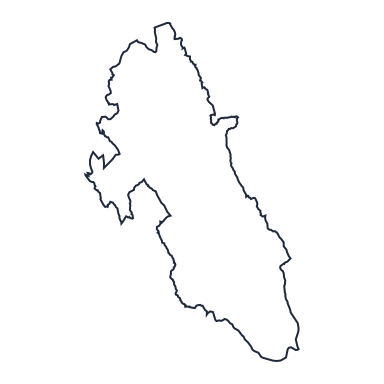 Gicumbi, Northern, Rwanda (Natural Earth projection)
{"feature_id": "39286606B99169436422336", "entity_name": "Gicumbi", "entity_type": "district", "adm_level": 2, "iso_a3": "RWA", "parent_name": "Rwanda", "parent_adm1": "Northern", "projection": "natural_earth1", "projection_center": [30.098, -1.619], "detail": "fine", "context": "isolated", "style": "outline", "palette": "slate", "viewbox_px": 384, "rotation_deg": 0, "n_neighbors": 0, "source": "geoboundaries", "source_scale": "gbopen_adm2", "svg_char_len": 5991}
<svg xmlns="http://www.w3.org/2000/svg" viewBox="0 0 384 384"><path d="M280.7,360.5L286.0,357.5L287.7,349.3L288.8,347.8L291.2,347.3L295.7,350.0L297.5,349.8L298.6,349.2L297.4,346.3L295.8,339.4L298.3,331.7L298.6,328.3L297.7,323.1L290.7,312.5L290.1,309.5L287.6,303.2L287.6,302.0L285.9,299.0L285.3,295.9L285.5,294.5L284.6,291.6L284.8,292.0L284.2,285.8L284.9,284.6L285.2,280.3L284.1,277.3L283.6,272.8L282.7,270.9L281.5,270.2L280.3,268.5L280.2,266.8L280.7,265.9L284.1,263.4L284.4,263.7L285.1,262.5L287.3,261.7L290.5,258.5L288.6,255.8L286.9,251.7L286.4,249.6L283.7,246.3L283.7,242.4L280.9,238.6L279.6,237.5L277.2,232.8L274.8,231.2L273.2,231.4L270.9,229.8L269.6,229.8L268.3,229.0L267.6,227.9L267.4,223.7L265.6,220.5L265.1,218.0L265.4,215.6L262.9,216.6L260.6,215.1L261.0,213.7L260.3,212.6L260.4,210.8L258.4,209.1L256.8,206.4L257.3,204.4L257.1,202.5L255.2,198.3L253.8,197.8L250.9,199.0L250.1,197.8L248.8,197.4L248.2,195.8L247.6,195.7L246.2,196.8L246.1,194.8L243.6,190.2L243.2,187.5L241.7,186.0L239.0,182.1L237.7,179.2L237.4,177.6L234.9,173.7L234.7,171.5L233.5,170.2L232.8,168.3L231.2,166.0L231.1,164.7L231.5,163.6L230.8,162.5L230.4,160.6L230.8,157.8L230.4,156.6L230.6,154.9L229.2,150.1L227.2,147.6L226.4,145.1L226.6,143.5L226.5,137.4L225.9,135.3L226.8,133.2L227.0,131.1L227.7,130.6L228.8,128.9L229.8,129.1L231.1,128.1L233.0,128.2L235.9,126.4L236.2,124.8L236.6,124.1L237.0,124.0L237.4,122.7L236.8,119.9L237.3,118.1L238.0,117.4L236.7,116.3L234.8,116.7L234.8,117.2L233.5,116.7L232.7,117.0L231.6,116.6L231.1,117.1L228.2,117.4L228.0,117.7L224.1,117.8L223.8,118.3L222.0,117.8L219.0,119.2L218.7,120.0L218.3,119.9L218.2,121.6L216.7,122.7L216.8,123.6L215.1,124.2L214.3,125.2L212.9,124.8L212.0,123.4L211.4,123.4L210.9,121.8L211.3,120.1L210.7,118.9L211.1,117.3L210.4,115.8L210.7,115.2L213.4,114.5L214.8,115.1L215.0,113.9L212.8,105.5L208.7,101.7L207.4,99.5L207.7,98.4L209.2,96.7L207.9,93.8L208.2,93.4L207.4,90.0L205.2,88.6L204.5,87.3L203.6,87.3L202.4,88.1L201.6,83.1L202.3,82.5L200.8,80.6L200.1,80.5L200.9,77.9L198.7,75.0L198.5,72.9L197.4,69.7L196.7,68.8L196.7,68.1L195.8,67.6L195.2,66.6L195.5,64.9L194.6,65.1L194.5,64.5L192.9,63.5L192.4,61.8L190.9,61.6L191.0,61.1L189.9,59.2L190.0,56.5L188.0,56.2L185.2,55.0L186.2,53.8L184.7,48.1L184.3,47.6L182.7,48.5L182.9,47.6L181.8,46.3L180.9,44.2L181.3,41.2L182.0,40.3L181.6,38.7L180.3,37.9L179.3,38.1L178.7,38.7L174.6,39.1L174.4,38.0L175.0,36.8L174.7,36.1L175.3,34.7L174.9,32.2L173.6,29.6L172.4,28.4L170.0,24.0L170.2,23.7L169.6,23.1L166.9,23.0L154.8,27.5L154.5,27.7L155.0,29.8L154.8,32.2L156.2,38.3L156.0,42.0L157.3,44.9L156.5,48.0L156.3,51.1L155.4,52.2L154.0,51.9L151.4,50.0L148.8,49.3L146.5,47.1L145.2,44.6L141.6,43.0L138.0,42.1L137.0,40.3L130.0,44.0L128.9,47.4L127.0,50.3L125.8,51.3L123.5,52.2L121.4,56.1L119.3,63.6L115.4,66.5L113.1,66.8L110.3,69.3L112.5,73.3L112.4,74.4L113.8,75.3L112.1,77.6L111.1,77.7L111.6,79.7L109.6,79.9L108.8,81.0L109.0,84.9L108.5,85.8L110.6,90.9L110.8,93.1L108.5,94.7L107.3,94.9L106.4,95.9L105.7,97.1L105.9,98.2L106.8,100.5L107.7,101.6L108.2,102.9L108.8,103.0L109.0,104.5L111.9,104.1L113.5,104.3L114.0,105.1L117.2,104.0L118.5,110.6L117.3,113.2L114.7,114.5L113.3,116.6L110.4,119.2L108.1,119.2L106.5,117.3L105.4,116.7L101.8,117.0L100.1,121.1L100.1,122.6L98.2,123.6L96.8,123.0L96.7,124.0L98.6,127.7L99.0,129.7L99.9,131.0L99.9,133.0L102.0,133.7L102.6,130.3L103.8,131.5L103.9,133.8L104.8,135.9L105.4,136.0L106.6,137.2L108.2,137.3L109.9,141.1L111.5,141.8L112.5,143.3L114.9,145.4L118.0,149.8L119.9,154.7L119.1,154.0L118.4,154.6L115.7,154.8L112.5,159.3L103.9,168.0L104.0,162.8L103.1,155.3L98.5,158.7L93.1,152.1L91.1,156.1L90.0,160.3L90.1,164.9L91.2,168.9L92.4,171.4L92.2,172.7L90.4,174.3L88.8,173.1L87.8,173.0L88.3,173.8L88.6,175.9L85.4,174.6L85.7,175.5L89.8,181.0L92.1,182.1L93.3,182.0L94.3,183.2L94.6,185.0L95.5,186.3L94.8,187.1L94.6,188.7L97.3,190.6L97.7,190.4L98.3,191.7L100.0,193.0L100.8,198.2L100.4,199.2L103.3,204.6L105.1,206.9L106.7,206.5L107.6,206.9L108.0,205.7L107.8,204.8L109.4,203.8L110.3,201.8L113.0,202.7L114.0,204.4L114.9,205.0L115.9,207.0L117.5,208.5L118.4,213.7L119.5,216.0L119.4,217.8L120.4,220.5L121.2,221.6L121.4,223.5L123.1,221.3L126.1,216.3L128.1,217.4L129.2,217.5L129.4,217.1L130.5,218.2L132.5,218.6L133.0,218.2L132.5,214.8L131.5,214.0L131.8,212.8L129.9,209.8L130.3,204.8L129.8,203.6L130.3,202.5L130.4,201.0L128.5,196.5L128.2,194.6L129.4,192.2L133.9,189.9L134.2,187.8L135.9,185.6L137.6,185.1L139.0,184.1L139.4,183.0L142.1,181.7L144.0,179.3L146.6,184.4L147.8,184.8L147.9,186.0L149.0,186.4L149.4,187.4L151.8,188.7L152.9,190.1L155.8,191.4L157.1,195.0L161.4,202.9L164.2,205.4L167.2,211.7L170.5,215.7L167.5,216.6L164.8,219.2L163.3,221.3L162.1,222.1L160.3,221.6L160.4,222.6L161.2,223.2L160.5,223.7L159.1,225.8L157.0,226.9L156.8,229.2L158.3,230.9L158.6,231.6L157.7,232.7L158.9,233.2L158.9,233.9L160.2,237.4L161.8,240.5L162.2,242.7L164.2,243.3L164.7,245.2L166.1,246.7L166.4,247.8L167.8,249.8L168.5,253.2L169.2,253.4L169.9,254.7L171.9,256.0L172.6,258.0L173.4,258.9L173.6,260.8L174.1,261.2L173.9,262.8L175.0,263.3L175.4,264.8L175.0,265.1L174.8,266.6L173.7,267.4L173.8,268.6L173.2,269.6L172.4,269.9L170.9,271.4L170.9,274.3L170.3,276.2L170.3,277.5L171.8,279.1L172.4,279.2L173.1,280.3L173.0,280.8L174.0,281.9L174.2,284.6L175.3,286.2L175.8,288.9L176.8,290.3L176.5,291.8L175.6,293.1L175.7,294.1L176.2,294.9L177.1,294.9L177.9,295.7L178.0,296.8L179.9,298.1L180.5,299.7L180.2,300.1L181.7,301.9L181.7,302.6L183.3,303.9L184.3,304.0L185.0,304.9L185.2,306.2L185.6,305.8L185.7,306.2L186.0,305.9L186.9,306.7L189.5,306.6L189.5,307.1L194.3,308.1L194.9,308.0L196.3,305.8L197.4,305.3L200.1,304.9L201.5,305.8L202.6,305.7L205.0,309.9L206.9,311.4L206.8,314.5L207.6,313.3L210.2,311.4L213.0,312.1L215.4,320.0L216.5,321.1L219.0,320.4L220.9,320.8L222.2,320.6L224.6,319.0L226.8,319.7L228.6,321.2L229.9,323.1L232.4,324.4L233.3,326.9L234.4,328.3L238.4,330.5L242.2,335.6L243.5,336.4L244.8,339.4L247.9,342.3L251.1,346.6L252.3,349.4L254.0,350.9L258.5,352.8L261.1,356.9L263.0,357.8L272.8,360.6L276.8,361.0L280.7,360.5Z" fill="none" stroke="#1e293b" stroke-width="2"/></svg>